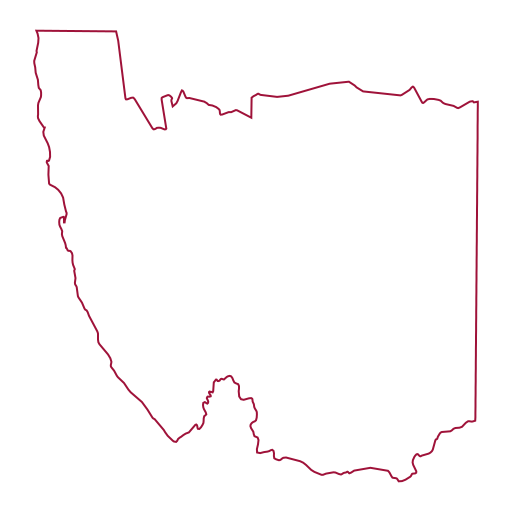 SVG path tracing the border of Karas
{"feature_id": "NAM-3338", "entity_name": "Karas", "entity_type": "Region", "adm_level": 1, "iso_a3": "NAM", "parent_name": "Namibia", "parent_adm1": "", "projection": "equal_earth", "projection_center": [17.311, -26.98], "detail": "fine", "context": "isolated", "style": "outline", "palette": "rose", "viewbox_px": 512, "rotation_deg": 0, "n_neighbors": 0, "source": "natural_earth", "source_scale": "10m", "svg_char_len": 5907}
<svg xmlns="http://www.w3.org/2000/svg" viewBox="0 0 512 512"><path d="M243.7,399.8L241.0,399.2L239.2,396.5L238.7,391.2L239.0,388.7L239.0,386.1L238.2,384.2L236.1,383.4L234.4,382.5L233.3,380.4L232.4,378.1L231.2,376.4L230.2,376.0L229.4,375.9L227.7,376.4L226.7,377.0L223.9,379.5L221.6,378.8L220.7,379.1L219.5,380.7L218.4,381.1L217.6,381.0L216.7,379.7L216.1,379.5L215.6,380.0L214.1,382.0L213.8,382.3L213.2,391.2L212.6,392.4L212.2,392.3L211.8,391.9L210.4,392.0L210.0,391.6L209.7,391.5L209.1,391.9L209.0,392.6L209.2,393.2L210.7,395.5L210.7,396.3L209.4,396.7L207.6,396.6L207.2,397.1L206.8,398.1L207.1,398.9L207.7,400.1L208.2,401.4L208.1,402.8L207.3,403.6L206.4,403.2L205.6,402.5L204.8,402.1L203.3,402.9L203.0,405.0L203.3,407.3L203.9,409.0L205.7,412.3L206.3,414.3L205.4,415.3L204.2,416.2L203.7,418.5L203.6,421.1L203.4,423.0L202.5,424.9L201.0,427.3L199.3,429.0L197.9,428.8L197.5,427.8L197.3,426.3L196.9,425.1L196.2,424.5L195.3,424.9L188.9,432.4L185.7,433.6L183.3,435.1L181.1,436.8L179.6,437.7L178.0,439.1L177.2,440.8L176.1,441.9L173.9,441.5L172.9,440.8L167.7,435.8L165.1,432.2L163.8,430.0L154.7,419.2L153.2,418.4L152.5,417.7L147.4,409.5L141.9,402.0L130.7,392.3L128.4,389.6L124.0,383.0L117.9,377.2L116.8,375.7L114.1,370.7L111.3,367.2L110.9,366.4L110.8,365.1L111.3,362.8L111.4,361.7L110.3,358.2L108.0,354.4L99.5,344.3L98.4,342.3L98.0,339.6L98.0,333.7L97.8,332.8L97.3,331.4L89.0,315.8L87.7,312.2L86.6,310.4L85.2,309.6L84.5,308.6L82.0,302.7L78.4,297.3L77.9,296.1L76.7,287.1L76.2,286.0L75.6,285.1L75.1,284.2L74.9,282.8L75.5,278.1L74.2,270.8L74.8,269.1L73.1,264.9L72.6,262.7L72.4,260.2L72.5,255.5L72.0,253.2L70.6,251.2L70.0,250.9L68.4,250.8L67.7,250.4L67.5,249.9L66.9,248.7L66.3,247.7L66.0,247.7L65.7,245.2L65.1,243.0L62.3,236.2L61.9,234.2L62.2,231.2L61.3,228.9L60.1,226.6L59.4,224.7L59.2,222.0L59.4,219.8L60.1,218.1L61.3,217.5L62.2,217.3L63.1,216.9L63.7,216.9L64.0,218.0L64.0,222.4L64.6,222.4L64.9,220.1L66.6,214.1L66.6,212.9L66.0,211.4L64.3,204.5L63.1,197.6L61.1,193.4L58.2,189.8L55.0,187.2L49.9,184.6L49.1,183.6L48.4,174.7L48.7,166.0L47.0,162.9L46.7,162.1L47.0,160.8L47.5,160.7L48.2,161.0L49.0,160.6L50.1,156.9L50.0,152.0L49.1,147.1L47.7,143.3L43.8,135.6L43.3,131.9L44.7,127.6L44.0,127.6L39.6,121.3L38.1,118.3L37.9,116.9L37.9,115.9L38.1,114.4L38.0,105.3L38.4,102.9L40.9,97.0L41.1,95.1L41.1,92.5L40.7,90.2L38.8,87.9L38.3,85.0L37.9,79.8L35.7,72.8L35.2,67.4L34.3,63.2L34.2,60.9L36.8,52.3L36.5,51.0L38.2,42.8L38.5,38.1L37.6,33.7L36.4,30.7L36.6,30.7L116.1,31.4L118.2,40.7L125.3,97.2L125.5,98.4L125.9,99.3L126.7,99.4L127.7,99.2L130.9,97.9L132.0,97.7L133.1,97.6L134.1,98.4L135.0,99.6L152.3,128.1L153.5,129.3L154.6,129.2L155.7,128.7L156.8,127.9L158.5,127.7L160.6,127.8L164.5,129.4L165.7,129.3L166.3,128.6L161.7,100.1L161.6,99.0L161.7,97.9L162.4,97.3L163.3,96.9L167.6,95.2L168.7,95.1L169.7,95.6L170.6,96.3L171.4,97.1L172.0,97.9L172.1,98.4L171.7,99.2L171.4,100.0L171.4,101.1L172.7,106.4L176.3,103.3L177.6,100.9L180.9,92.4L181.9,90.4L182.6,90.7L183.4,91.7L185.4,96.5L186.1,97.7L186.8,98.1L187.9,98.1L189.4,98.0L204.5,101.7L205.1,102.2L206.6,103.0L208.7,104.9L212.4,105.5L216.2,107.1L218.6,108.9L219.5,109.9L219.8,111.3L219.9,112.8L220.1,114.0L220.7,114.7L222.3,114.5L228.7,112.1L231.3,112.1L235.8,110.1L237.1,110.3L251.3,117.7L251.6,97.7L253.5,96.2L255.9,95.0L257.4,94.0L258.1,93.7L258.6,93.8L259.5,94.4L260.7,94.9L277.1,96.9L288.3,95.7L329.7,83.7L348.9,81.7L354.7,85.5L356.6,87.4L363.1,91.4L400.5,95.4L401.8,94.9L409.6,89.9L411.4,87.7L412.1,87.1L412.9,86.6L413.6,87.1L414.2,87.8L421.6,101.6L422.4,102.8L423.1,103.0L424.1,102.4L426.8,99.9L427.5,99.4L429.8,98.9L433.9,99.0L438.6,99.9L440.7,100.7L442.8,102.7L444.0,103.4L445.4,104.0L453.6,105.9L457.2,107.9L458.3,108.1L460.1,107.3L469.7,101.7L471.0,101.4L472.7,101.2L473.9,102.4L477.8,101.7L477.8,106.6L477.7,113.1L477.7,119.5L477.6,125.9L477.6,132.3L477.6,138.7L477.5,145.1L477.5,151.5L477.4,157.9L477.4,164.4L477.3,170.8L477.3,177.2L477.2,183.6L477.2,190.0L477.1,196.4L477.1,202.8L477.0,209.2L477.0,215.5L476.9,221.9L476.9,228.3L476.8,234.7L476.8,241.1L476.7,247.5L476.7,253.9L476.6,260.3L476.6,266.6L476.5,273.0L476.5,279.4L476.4,285.8L476.4,292.1L476.3,298.5L476.3,304.9L476.2,311.2L476.2,317.6L476.1,324.0L476.1,330.3L476.0,336.7L476.0,343.0L475.9,349.4L475.9,355.7L475.8,362.1L475.8,368.5L475.7,374.8L475.7,381.2L475.6,387.5L475.6,393.9L475.5,400.2L475.5,406.5L475.4,412.9L475.4,417.3L475.2,420.7L472.6,421.5L471.7,421.6L469.0,421.2L468.0,421.3L465.8,422.8L462.0,426.8L459.5,427.7L455.4,428.0L453.5,428.8L451.8,430.4L450.3,431.3L441.8,432.0L441.1,432.3L440.2,433.0L439.6,433.8L439.1,434.7L438.4,435.8L437.9,436.7L437.2,438.8L436.6,439.2L435.8,439.5L435.3,440.5L432.8,449.6L431.9,451.2L430.4,452.6L428.7,453.6L421.8,455.6L420.6,456.3L419.7,456.1L417.7,454.1L416.5,454.3L415.4,455.4L414.4,456.8L412.9,460.1L412.6,462.5L413.2,464.9L416.3,471.3L416.2,472.7L415.2,473.4L412.4,473.7L411.9,474.1L411.0,475.9L410.3,476.7L405.5,479.7L402.0,481.1L398.7,481.3L397.3,479.1L396.9,478.6L396.0,478.2L393.0,477.8L392.4,477.6L391.5,476.3L389.4,472.4L388.0,470.8L370.4,467.8L354.2,470.6L351.1,472.6L349.3,473.3L348.9,473.0L347.9,471.9L347.5,471.7L347.1,471.8L346.3,472.3L345.9,472.5L344.2,472.8L343.3,473.1L342.6,473.7L341.0,474.5L338.9,474.0L335.4,472.5L333.5,472.3L326.1,473.6L323.0,474.8L321.5,474.8L314.4,471.9L311.2,469.9L306.0,464.9L303.2,462.7L300.1,461.2L286.0,457.5L283.3,457.8L282.4,458.3L280.7,459.7L279.9,460.1L278.8,460.2L276.1,459.3L274.3,458.3L273.9,456.0L274.0,453.3L273.5,450.9L272.2,449.8L270.8,450.2L269.2,451.1L267.5,451.6L264.0,452.1L260.2,453.1L257.1,452.5L256.9,449.1L258.0,444.4L258.5,440.0L257.6,437.5L254.5,436.2L253.8,434.3L253.3,431.7L251.1,428.2L250.4,426.1L250.7,424.5L251.8,423.0L253.3,421.9L254.7,421.4L256.0,420.3L256.7,417.6L256.9,414.5L256.8,412.1L256.3,410.8L255.0,408.7L254.4,407.5L254.1,406.2L254.0,405.0L253.7,403.8L253.0,402.4L252.6,401.4L252.5,399.9L252.2,398.7L251.2,398.1L249.0,398.3L243.7,399.8Z" fill="none" stroke="#9f1239" stroke-width="2"/></svg>